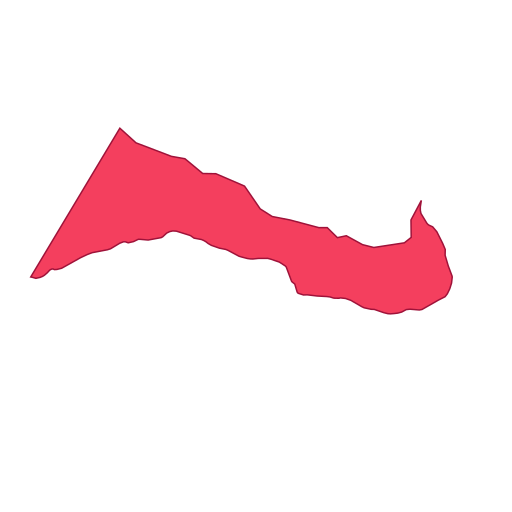 outline of Calhoun, Illinois, United States of America, rotated 300°
{"feature_id": "52423323B51319827777546", "entity_name": "Calhoun", "entity_type": "district", "adm_level": 2, "iso_a3": "USA", "parent_name": "United States of America", "parent_adm1": "Illinois", "projection": "albers", "projection_center": [-90.682, 39.134], "detail": "fine", "context": "isolated", "style": "filled", "palette": "rose", "viewbox_px": 512, "rotation_deg": 300, "n_neighbors": 0, "source": "geoboundaries", "source_scale": "gbopen_adm2", "svg_char_len": 1692}
<svg xmlns="http://www.w3.org/2000/svg" viewBox="0 0 512 512"><g transform="rotate(300 256 256)"><path d="M270.8,394.9L272.0,399.1L273.1,401.3L275.3,404.5L277.5,407.4L280.3,410.2L284.7,412.9L286.9,415.9L290.9,424.4L292.7,426.5L308.8,435.9L315.3,440.1L318.9,440.6L324.4,440.2L325.4,440.0L330.3,438.9L335.6,436.6L336.6,435.9L343.5,427.5L351.2,419.4L356.3,416.6L360.3,411.3L367.4,400.5L369.6,394.4L369.2,390.4L369.3,389.2L369.8,387.6L375.3,377.6L377.7,375.5L380.6,373.8L386.8,371.4L364.7,372.2L349.7,381.1L341.6,377.9L322.3,353.8L319.1,342.6L318.7,324.1L312.6,317.3L316.2,303.5L312.0,296.3L304.2,267.4L298.3,250.3L298.9,236.1L310.8,211.1L307.2,180.1L300.8,168.6L304.7,145.8L300.0,132.9L294.0,95.5L298.6,74.2L125.2,71.4L125.7,72.9L126.6,76.5L129.5,79.7L131.7,81.4L133.6,82.4L137.0,83.6L140.6,84.4L142.3,85.4L143.3,86.7L143.4,88.2L144.8,90.3L148.2,93.8L166.8,104.9L173.0,109.2L177.0,112.5L187.1,124.2L189.5,126.4L198.9,131.6L202.0,134.1L203.0,135.8L203.5,138.7L207.2,142.7L211.6,145.7L212.5,147.3L215.9,154.6L224.5,164.7L226.0,165.6L231.2,167.2L234.0,169.1L236.1,171.4L237.7,174.6L240.6,187.5L240.9,189.2L240.5,193.4L243.0,200.5L243.3,203.0L243.3,205.5L242.9,208.3L242.9,212.0L244.5,220.4L246.6,226.6L246.9,229.0L247.3,241.4L248.0,244.3L249.5,249.7L250.7,252.7L252.0,255.0L255.0,259.1L258.9,265.8L259.8,267.3L260.6,270.2L262.4,279.3L262.0,286.6L261.5,287.8L252.0,299.3L251.6,300.2L251.1,303.6L245.5,309.5L244.9,310.5L244.9,311.6L246.0,316.6L248.0,319.8L251.9,328.9L256.3,337.6L257.6,340.7L258.3,344.0L258.9,345.4L260.3,347.9L261.0,349.1L261.9,350.0L264.0,354.8L265.0,360.2L265.0,372.9L265.2,375.5L267.4,382.3L268.9,385.2L270.8,394.9Z" fill="#f43f5e" stroke="#9f1239" stroke-width="1.5"/></g></svg>